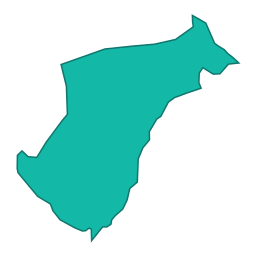 outline of Tchintabaraden, Tahoua, Niger
{"feature_id": "23599985B37880443282078", "entity_name": "Tchintabaraden", "entity_type": "district", "adm_level": 2, "iso_a3": "NER", "parent_name": "Niger", "parent_adm1": "Tahoua", "projection": "mercator", "projection_center": [5.816, 15.933], "detail": "fine", "context": "isolated", "style": "filled", "palette": "teal", "viewbox_px": 256, "rotation_deg": 0, "n_neighbors": 0, "source": "geoboundaries", "source_scale": "gbopen_adm2", "svg_char_len": 839}
<svg xmlns="http://www.w3.org/2000/svg" viewBox="0 0 256 256"><path d="M37.7,196.4L50.4,204.0L52.9,210.7L60.1,219.8L74.7,227.8L82.4,231.0L85.7,230.7L89.0,228.1L91.3,229.2L91.6,240.6L102.6,226.9L106.9,226.9L111.0,224.1L111.7,219.9L115.2,215.7L122.7,209.1L127.1,200.0L129.8,188.5L137.3,182.1L138.2,158.9L142.9,147.7L149.5,139.8L149.3,131.7L156.8,119.0L160.8,116.4L168.3,102.2L174.3,97.7L186.0,93.3L201.1,88.2L198.9,82.8L199.2,73.3L202.8,67.7L213.2,74.1L219.9,73.8L228.5,64.1L235.1,63.4L238.8,63.0L233.2,57.8L227.6,53.4L224.3,49.7L218.4,46.1L214.6,43.3L205.8,23.1L192.4,15.4L192.6,21.8L193.3,26.8L180.8,35.7L175.5,39.5L154.6,44.2L132.8,46.1L104.9,49.0L61.1,64.5L66.4,86.2L67.4,114.4L62.5,120.2L46.3,142.0L36.8,157.4L28.1,156.7L22.0,150.9L17.4,155.3L17.2,168.5L18.0,172.7L37.7,196.4Z" fill="#14b8a6" stroke="#0f766e" stroke-width="1.5"/></svg>